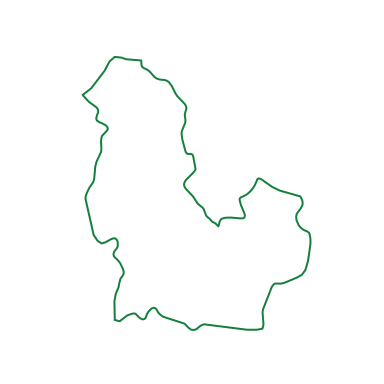 the border of Aragatsotn, rotated 77°
{"feature_id": "ARM-1553", "entity_name": "Aragatsotn", "entity_type": "Province", "adm_level": 1, "iso_a3": "ARM", "parent_name": "Armenia", "parent_adm1": "", "projection": "robinson", "projection_center": [44.108, 40.464], "detail": "fine", "context": "isolated", "style": "outline", "palette": "green", "viewbox_px": 384, "rotation_deg": 77, "n_neighbors": 0, "source": "natural_earth", "source_scale": "10m", "svg_char_len": 2717}
<svg xmlns="http://www.w3.org/2000/svg" viewBox="0 0 384 384"><g transform="rotate(77 192 192)"><path d="M72.8,276.6L68.3,266.9L54.5,250.2L46.1,242.8L43.0,236.9L45.1,230.7L47.8,226.4L52.4,212.0L57.8,212.7L59.1,212.2L60.4,211.1L62.8,208.1L65.0,206.2L71.3,202.8L73.5,200.9L75.2,198.0L76.0,195.9L76.5,193.8L77.8,191.6L79.8,189.8L84.0,187.9L92.7,185.8L95.4,184.7L104.9,179.1L107.2,178.5L109.4,178.7L114.3,181.4L115.9,181.8L119.7,182.1L121.7,182.5L123.4,183.3L129.8,187.8L131.5,188.7L133.1,189.1L138.3,189.6L151.2,189.2L152.9,188.6L154.0,187.5L154.4,185.5L154.9,184.1L155.8,183.1L157.8,182.8L170.6,183.4L171.3,183.9L171.9,184.5L173.8,186.9L178.7,194.9L180.0,196.3L181.2,197.3L182.6,198.0L184.1,198.2L185.9,197.9L187.9,197.1L196.3,192.1L204.7,189.0L209.5,185.3L210.7,184.7L212.2,184.3L217.4,183.7L219.1,183.1L220.4,182.2L221.9,180.9L224.7,179.5L225.8,178.7L227.4,176.7L228.6,175.7L230.9,174.4L231.2,174.0L230.2,173.3L227.0,171.6L226.0,170.8L225.1,169.8L224.6,167.9L224.6,165.2L225.6,160.1L228.7,150.4L229.1,148.4L228.8,146.8L227.1,145.8L225.3,145.7L215.4,147.3L210.9,147.4L209.6,147.2L208.6,146.4L208.1,145.1L207.2,140.8L206.5,138.8L205.7,137.1L203.7,133.9L201.5,131.2L198.8,128.7L194.0,125.2L193.8,123.9L194.7,122.1L205.2,112.6L210.4,106.1L220.7,87.4L224.7,86.5L226.2,86.5L228.3,86.8L230.2,87.7L232.6,89.9L235.7,93.6L237.2,95.1L239.7,96.1L243.0,96.5L248.4,95.5L251.7,93.8L254.0,91.8L256.4,88.6L257.3,87.7L258.4,87.1L259.9,86.9L264.1,87.1L269.1,88.2L285.4,94.5L293.2,98.9L295.3,101.1L297.5,103.8L299.1,109.6L301.3,122.6L301.3,126.1L299.9,131.3L300.1,132.8L302.3,135.5L322.3,149.2L325.0,150.3L336.8,152.1L338.9,152.9L341.0,154.1L340.8,159.9L338.5,169.6L323.6,210.1L324.1,213.4L326.6,218.5L326.9,221.1L326.0,223.8L323.2,226.2L318.6,228.9L307.1,248.1L304.3,250.6L301.7,252.1L299.3,252.7L297.3,253.5L296.2,255.3L296.4,257.6L298.8,261.4L300.8,263.3L304.4,265.7L305.1,267.2L305.0,268.8L303.6,270.7L301.9,272.0L298.0,274.4L297.2,275.9L297.2,278.6L297.7,282.8L301.7,291.6L299.3,296.0L281.1,292.2L274.3,289.3L268.6,285.2L267.2,284.5L265.5,283.9L260.4,281.2L258.6,279.1L256.9,277.4L254.6,276.5L251.2,276.6L244.9,278.1L241.3,279.9L238.6,281.7L236.9,282.6L234.8,282.5L232.6,281.2L229.9,278.0L228.7,276.9L227.2,276.3L225.4,275.9L223.5,275.7L221.6,276.0L219.7,277.5L219.5,279.7L220.0,282.3L221.6,287.9L221.8,291.6L218.3,295.0L211.6,297.5L174.6,297.3L172.3,296.5L169.9,295.1L165.1,291.4L160.3,286.1L157.3,284.4L145.4,280.5L141.0,278.2L133.1,272.0L131.9,271.3L129.6,270.6L121.5,269.1L118.7,268.0L117.0,266.9L113.2,261.2L111.8,259.9L110.1,259.8L107.9,260.7L104.9,264.1L103.0,266.7L101.0,268.6L98.9,268.8L95.6,267.2L93.3,265.5L90.7,265.0L88.1,266.0L80.9,272.2L73.2,276.6L72.8,276.6Z" fill="none" stroke="#15803d" stroke-width="2"/></g></svg>